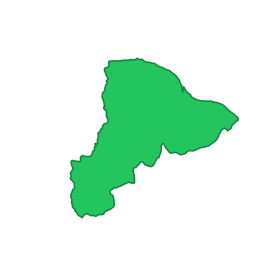 Contadero, Nariño, Colombia, rotated 142°
{"feature_id": "7082276B82030364647033", "entity_name": "Contadero", "entity_type": "district", "adm_level": 2, "iso_a3": "COL", "parent_name": "Colombia", "parent_adm1": "Nariño", "projection": "natural_earth1", "projection_center": [-77.512, 0.928], "detail": "fine", "context": "isolated", "style": "filled", "palette": "green", "viewbox_px": 256, "rotation_deg": 142, "n_neighbors": 0, "source": "geoboundaries", "source_scale": "gbopen_adm2", "svg_char_len": 5759}
<svg xmlns="http://www.w3.org/2000/svg" viewBox="0 0 256 256"><g transform="rotate(142 128 128)"><path d="M219.5,85.7L218.3,85.8L216.8,86.3L215.9,86.5L214.8,86.4L214.0,86.1L213.4,85.6L212.7,84.9L211.9,83.4L211.4,82.1L210.9,81.5L210.6,81.2L209.6,80.9L209.2,80.6L208.2,78.9L207.6,78.2L207.0,78.0L206.0,78.0L205.2,77.9L204.7,77.8L203.1,76.9L202.4,76.0L200.6,75.3L200.1,75.2L199.8,75.2L198.6,76.1L197.7,76.5L196.4,75.9L194.9,75.7L193.4,75.2L190.5,74.8L188.5,74.8L187.1,75.2L186.2,75.9L185.5,76.8L184.6,78.3L183.9,79.1L182.7,81.4L182.4,82.3L181.9,82.9L181.7,83.3L181.7,84.9L182.1,85.7L182.3,87.2L181.3,88.9L180.9,89.3L179.9,89.6L177.1,89.3L176.4,89.7L175.1,89.0L174.1,88.0L173.8,87.9L172.5,87.8L171.6,87.5L169.9,87.2L169.1,86.7L168.9,86.6L168.4,86.7L168.0,86.5L166.6,86.2L165.6,86.3L164.6,85.7L163.1,85.4L162.1,85.4L161.0,84.8L160.7,84.5L158.9,82.2L158.5,82.0L157.6,80.8L156.4,81.1L156.1,81.3L154.9,83.1L153.9,84.2L153.3,85.0L151.8,87.9L150.6,90.5L150.0,91.5L149.3,92.2L148.1,92.9L147.6,92.9L147.2,92.5L146.3,92.1L145.6,92.1L143.9,92.6L143.1,92.4L142.2,92.5L140.3,93.2L139.3,93.4L138.6,93.3L137.9,92.9L137.6,92.7L137.4,92.1L137.1,88.4L136.3,87.1L136.2,86.7L135.3,85.6L134.7,84.4L134.1,84.0L133.5,83.3L132.6,82.9L132.0,82.9L131.0,83.1L129.1,83.7L124.8,85.8L123.6,86.1L123.1,86.1L121.9,86.0L121.3,85.8L119.8,87.1L117.0,88.8L115.7,90.0L114.6,91.2L113.6,92.8L111.6,94.0L111.0,94.2L110.4,94.3L109.8,94.0L109.7,93.7L109.6,93.0L109.9,91.6L110.4,89.4L110.4,85.8L110.3,83.0L110.1,82.2L108.7,81.2L106.8,80.3L105.9,79.8L105.1,78.9L104.3,77.6L103.8,75.9L103.6,74.9L102.0,74.0L99.9,73.3L98.7,72.5L98.1,72.5L97.1,72.8L95.9,72.9L95.4,72.9L94.0,72.5L93.3,72.1L92.6,71.5L91.6,70.4L91.0,70.0L88.2,69.0L84.1,68.2L83.0,67.8L81.1,66.9L79.3,65.7L78.8,65.4L77.3,65.1L75.9,64.4L74.9,64.1L74.2,64.2L73.4,64.1L72.0,64.2L68.5,63.9L65.7,64.2L63.6,64.8L60.6,66.6L57.7,67.8L56.0,68.7L55.2,68.8L52.9,68.7L52.2,68.5L51.9,68.2L51.6,67.4L51.3,66.1L51.2,65.0L51.3,64.6L47.9,64.2L47.4,64.2L46.4,64.7L45.1,65.8L44.4,66.1L42.6,66.1L40.9,66.3L39.3,66.8L37.5,66.3L37.0,66.4L36.2,66.7L35.5,67.4L35.3,67.8L35.1,68.7L35.2,69.8L35.7,72.0L36.0,73.9L37.3,78.0L38.1,82.0L38.3,83.1L38.4,85.5L38.6,86.5L38.9,87.4L39.5,88.8L41.2,91.8L42.0,92.9L43.0,94.2L44.4,95.5L45.6,97.6L46.2,98.2L49.7,100.9L53.6,104.5L55.9,107.2L56.9,108.8L58.6,112.6L58.8,113.3L58.7,114.2L58.4,115.2L58.4,116.3L58.7,117.6L59.2,118.6L59.4,120.3L59.4,120.9L59.3,121.5L59.3,123.4L59.0,124.5L58.8,125.9L61.2,124.7L61.7,124.0L62.0,122.9L62.4,122.8L62.3,123.7L62.0,124.4L60.8,125.9L59.6,128.5L59.3,129.6L59.0,132.2L58.2,133.7L58.1,134.3L58.2,135.6L58.2,136.4L58.0,138.8L58.1,139.7L58.6,142.3L59.1,143.6L59.3,144.7L59.5,145.7L59.5,146.7L59.9,147.2L60.2,148.0L60.9,149.1L61.8,150.1L62.1,150.7L62.6,152.3L63.5,153.3L63.7,154.8L63.8,155.1L65.3,156.5L65.8,157.7L66.3,158.3L66.9,161.6L67.7,162.9L68.1,163.5L68.8,163.9L69.2,164.3L69.5,164.8L70.0,166.0L71.1,167.0L72.1,167.5L72.3,167.7L72.4,168.2L73.6,169.5L73.9,170.0L74.5,172.6L74.6,173.5L75.9,174.3L76.9,175.0L77.3,175.9L77.5,176.8L77.8,177.1L78.3,177.4L78.7,177.5L79.4,177.0L79.6,176.9L80.9,178.0L82.4,178.7L82.7,179.0L83.3,179.6L83.8,180.3L84.3,180.8L85.9,181.0L86.3,181.6L87.1,181.8L87.4,182.0L88.0,183.0L88.4,183.3L89.1,183.5L90.7,184.8L91.4,185.0L92.1,185.4L93.3,185.9L93.8,186.3L94.7,187.3L95.0,187.6L96.2,188.0L97.6,189.4L100.3,191.2L100.8,191.8L101.3,191.7L101.6,192.0L101.9,192.1L102.5,192.0L103.0,191.8L103.2,191.4L103.8,189.9L104.4,189.2L105.7,188.5L106.6,188.5L107.2,188.6L108.3,189.1L109.4,189.3L109.9,189.2L110.7,188.4L111.3,187.5L112.0,184.5L112.3,184.2L112.7,183.1L112.9,180.9L113.3,179.7L113.6,178.9L113.8,178.7L114.2,178.6L115.1,178.5L115.7,178.5L116.0,178.4L116.5,177.7L116.7,176.5L117.0,176.0L117.4,175.7L117.7,175.6L118.5,175.7L119.3,175.4L120.0,174.8L121.5,173.8L122.1,173.0L123.7,171.9L125.2,171.4L126.8,171.1L128.9,169.0L129.2,168.5L129.9,167.2L130.1,166.2L130.8,163.8L131.6,162.0L132.4,161.1L132.6,160.1L132.7,159.8L133.1,159.4L133.3,159.3L134.0,159.6L134.5,159.2L134.9,158.7L135.1,158.1L135.2,157.4L135.0,156.3L134.7,155.5L134.7,154.2L134.9,153.9L135.2,153.5L136.1,153.0L136.8,151.7L137.6,150.9L137.9,150.3L138.1,149.7L138.5,147.3L138.8,146.7L139.2,146.2L139.8,145.5L140.2,145.3L141.3,144.9L141.8,144.9L143.7,145.5L144.5,145.9L144.8,146.0L145.1,146.0L147.3,144.7L148.4,143.9L148.9,143.7L149.9,143.8L150.5,143.7L150.8,143.5L151.6,142.5L152.0,142.3L153.8,142.7L154.5,142.5L155.3,141.9L155.5,141.6L155.8,141.2L155.9,140.6L156.2,139.9L156.3,139.7L156.8,139.3L157.5,139.0L158.0,138.2L158.5,138.0L158.8,137.9L159.5,137.5L160.1,136.6L161.5,134.7L161.8,134.5L162.1,134.6L162.8,135.6L163.1,135.8L163.6,135.9L164.0,135.7L164.3,135.1L163.8,133.8L163.9,133.4L164.4,133.3L165.8,133.8L166.4,133.5L166.9,132.8L167.7,131.4L168.0,131.1L168.4,131.1L169.3,131.4L169.7,131.5L172.9,129.2L173.6,129.0L174.7,129.0L175.3,129.2L175.9,129.4L176.7,129.8L178.8,131.8L179.7,132.4L180.5,133.5L180.6,134.2L180.8,134.4L182.1,134.4L183.4,134.2L184.0,133.6L184.7,132.5L185.2,132.0L185.7,131.2L186.0,130.9L186.8,131.3L187.6,132.2L188.0,132.4L190.0,134.4L190.7,135.5L191.4,136.3L192.0,136.7L192.5,136.8L193.2,136.8L193.7,136.3L194.5,135.1L195.6,132.4L195.9,131.7L195.9,131.0L196.7,129.6L197.8,128.9L199.2,128.7L200.2,128.3L200.4,128.3L200.8,128.0L201.6,127.3L202.1,125.4L202.5,124.7L202.8,124.5L204.1,124.1L204.5,123.8L204.7,122.7L204.4,121.0L204.3,119.2L204.4,117.9L204.7,117.0L205.8,115.6L206.1,114.7L206.4,114.2L206.7,113.9L207.1,113.6L208.5,113.6L209.5,113.3L214.0,110.7L214.5,110.1L215.8,108.2L216.0,107.0L216.4,106.1L217.0,105.4L218.2,104.3L218.6,103.7L219.2,101.8L219.5,101.3L220.1,100.7L220.3,99.7L220.4,98.6L220.0,97.3L220.0,96.6L220.1,96.3L220.4,96.1L220.7,95.7L220.8,95.0L220.6,92.5L220.9,90.8L220.9,89.6L219.7,87.0L219.5,86.2L219.5,85.7Z" fill="#22c55e" stroke="#15803d" stroke-width="1.5"/></g></svg>